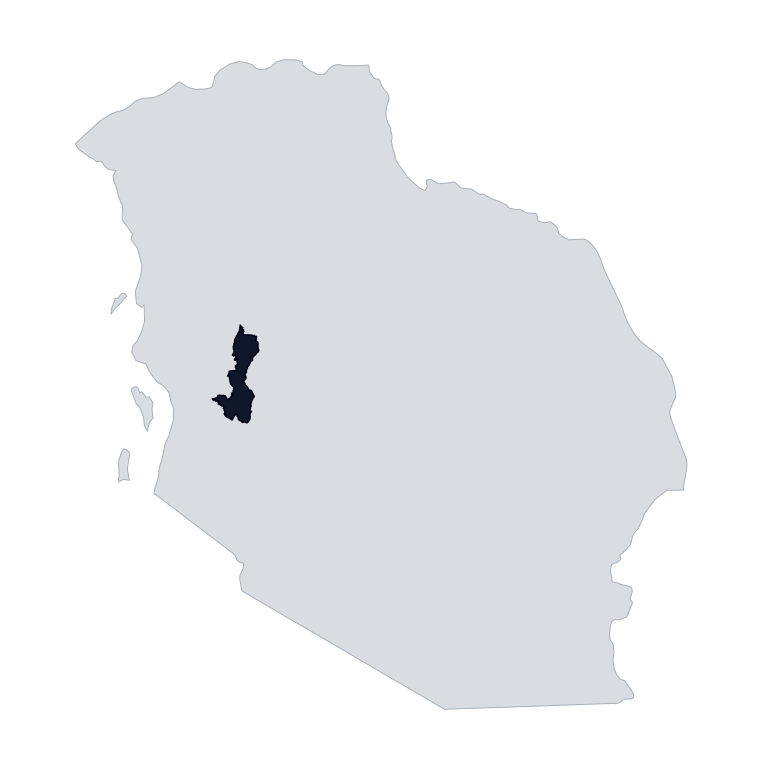 Mvomero, Morogoro, United Republic of Tanzania shown in context, rotated 178°
{"feature_id": "72390352B62121337619186", "entity_name": "Mvomero", "entity_type": "district", "adm_level": 2, "iso_a3": "TZA", "parent_name": "United Republic of Tanzania", "parent_adm1": "Morogoro", "projection": "robinson", "projection_center": [37.562, -6.599], "detail": "fine", "context": "in_parent", "style": "filled", "palette": "ink", "viewbox_px": 768, "rotation_deg": 178, "n_neighbors": 0, "source": "geoboundaries", "source_scale": "gbopen_adm2", "svg_char_len": 9651}
<svg xmlns="http://www.w3.org/2000/svg" viewBox="0 0 768 768"><g transform="rotate(178 384 384)"><path d="M278.6,570.5L269.8,565.3L261.8,562.2L255.3,558.6L252.4,555.2L246.3,553.9L241.0,553.3L236.1,550.1L226.0,548.9L224.9,546.8L224.7,542.1L222.9,540.9L219.3,539.7L215.3,539.7L212.9,540.4L211.5,540.1L208.2,537.3L205.2,533.7L204.0,528.1L199.4,524.5L194.0,521.6L179.3,521.9L177.0,521.0L173.5,518.2L169.4,513.5L166.0,508.1L163.1,500.8L160.1,490.9L143.0,451.5L141.2,444.1L137.9,435.8L132.4,425.7L126.7,418.2L118.9,411.4L110.0,404.6L105.2,400.0L96.1,381.5L94.2,372.8L92.7,363.8L93.3,360.2L98.9,348.6L99.5,345.3L98.8,340.9L95.9,331.7L92.3,320.5L85.0,300.1L84.0,295.0L84.1,291.1L88.3,270.4L88.2,267.5L105.2,267.9L117.5,258.8L128.3,245.2L130.4,239.6L134.8,230.9L139.1,226.6L140.8,223.6L143.2,214.9L148.9,209.0L154.4,204.5L153.2,201.3L154.0,200.1L157.0,197.8L162.9,195.7L164.0,191.2L164.0,186.0L163.0,183.1L163.2,179.8L162.3,178.0L158.5,177.5L152.8,174.9L148.0,173.9L144.8,172.4L143.6,171.2L143.1,168.1L145.7,160.2L143.1,157.0L149.0,143.8L150.0,142.2L152.2,142.0L155.6,140.6L158.7,140.0L161.3,140.5L163.2,140.0L164.9,138.5L166.3,134.0L167.4,126.5L166.8,120.5L164.3,115.8L163.6,108.7L164.7,99.1L163.9,91.1L161.2,84.7L158.4,80.9L154.1,79.1L147.4,69.4L145.4,64.7L145.8,61.7L148.1,60.5L152.3,60.9L156.3,59.8L160.1,57.1L163.7,56.4L165.6,56.8L334.8,56.8L532.6,181.7L533.4,183.2L535.0,194.0L534.6,197.6L531.6,203.8L530.7,207.0L530.7,209.3L531.4,210.2L534.0,210.5L536.2,212.0L537.0,213.1L538.7,217.8L540.9,220.1L616.0,281.4L617.7,282.3L616.6,287.5L612.3,300.0L612.1,305.1L610.4,311.3L608.8,315.3L604.5,332.8L600.9,339.4L595.9,354.8L595.1,366.6L597.8,374.8L598.9,382.5L604.6,390.1L609.3,392.8L612.4,396.2L617.9,404.2L621.1,412.1L631.0,416.0L635.0,424.9L633.6,431.0L628.9,436.0L624.6,444.3L621.1,455.0L621.0,471.5L623.4,469.0L628.6,473.1L629.3,485.2L623.8,499.4L622.2,506.0L621.9,511.6L625.8,528.6L631.8,537.2L631.3,539.9L629.8,542.1L640.0,557.4L639.1,570.7L642.9,581.0L644.6,589.9L647.1,596.8L647.6,601.5L644.4,606.8L651.9,608.1L656.2,612.4L658.3,616.5L663.7,616.3L666.6,619.1L670.8,621.5L680.0,628.4L682.5,631.8L684.0,635.1L658.5,656.9L649.2,662.5L642.7,665.1L635.6,666.6L628.9,670.0L622.6,675.4L614.5,678.1L604.7,678.1L594.3,681.9L578.1,693.1L568.6,686.9L561.2,684.9L552.6,685.1L547.4,685.9L545.5,687.2L543.9,691.0L542.5,697.3L536.9,703.4L527.1,709.1L518.0,711.3L509.7,709.8L504.1,707.4L501.2,704.1L496.9,702.5L491.2,702.8L485.7,705.2L480.5,709.7L472.2,711.6L460.8,711.0L454.6,708.9L453.8,705.1L448.8,700.7L439.6,695.7L432.8,695.6L428.5,700.4L424.6,703.4L421.0,704.7L417.8,704.8L413.2,703.5L400.5,703.0L388.5,703.2L387.3,696.2L384.8,691.9L382.7,689.4L378.5,688.8L377.4,686.8L376.0,682.4L373.9,678.7L371.2,675.6L369.6,672.8L369.0,670.2L369.5,667.3L371.9,660.1L372.7,655.2L372.4,650.2L371.1,645.0L368.2,638.8L368.5,637.1L367.5,632.9L367.4,630.0L368.0,626.3L367.4,621.5L364.9,611.2L364.9,608.6L362.3,603.6L354.3,591.9L354.0,590.3L341.4,578.5L336.4,575.9L334.6,578.1L334.0,580.2L334.5,584.0L334.2,585.9L333.7,586.7L330.7,586.6L328.9,586.2L324.1,583.0L320.4,582.2L311.3,582.8L308.1,583.5L305.6,582.8L300.7,577.4L295.0,576.2L289.9,575.9L281.5,569.8L278.6,570.5ZM632.4,372.9L636.5,385.9L636.0,388.4L633.1,389.9L631.5,390.0L629.7,387.9L628.5,383.5L626.2,384.6L622.5,379.3L618.8,379.1L615.5,372.8L616.8,367.4L616.0,358.1L620.0,353.3L622.3,345.3L624.9,350.7L625.5,359.3L629.0,369.3L632.4,372.9ZM652.3,295.4L652.7,298.5L651.8,301.4L652.0,310.6L651.7,316.8L648.6,325.3L646.1,328.3L643.8,327.4L642.0,326.0L640.5,323.7L643.5,308.1L642.0,296.7L647.8,297.8L652.3,295.4ZM643.8,483.1L640.9,483.9L639.8,483.2L638.0,480.6L641.1,478.4L644.1,474.2L651.1,468.0L654.4,463.1L653.9,467.9L649.9,478.4L646.6,479.1L643.8,483.1Z" fill="#d9dde1" stroke="#a8b0b8" stroke-width="1"/><path d="M514.6,375.1L514.5,375.6L514.2,376.0L514.2,376.7L514.5,377.3L515.0,377.6L515.3,378.9L515.6,379.3L516.5,381.6L516.9,382.1L517.6,382.4L518.0,382.5L518.7,382.4L519.3,383.0L520.3,384.9L520.6,385.3L520.4,385.5L523.5,389.0L523.0,389.5L524.7,391.7L524.5,392.0L524.2,392.1L524.3,392.2L523.9,392.2L523.7,392.7L523.4,392.8L523.1,392.9L523.1,393.2L522.8,393.3L522.9,393.5L522.8,393.4L522.7,393.6L522.3,393.7L522.3,393.9L522.1,393.9L522.1,394.2L521.9,394.3L521.7,395.0L521.9,395.1L521.7,395.4L521.9,395.7L521.8,396.1L521.9,396.4L522.2,396.6L522.4,397.2L522.7,397.2L522.8,397.7L522.5,398.5L522.4,398.5L522.4,399.1L521.7,400.0L521.6,399.9L521.4,400.0L521.3,400.7L521.0,401.0L521.1,401.6L521.3,401.9L521.1,402.4L521.1,402.8L520.7,403.2L520.7,403.5L520.3,404.0L520.3,404.4L520.1,404.4L519.9,404.7L520.1,405.3L519.9,405.4L519.7,406.2L519.1,406.6L518.9,407.0L518.7,407.0L518.0,407.7L517.8,408.6L517.6,408.7L517.4,409.4L517.2,409.4L517.2,410.0L516.9,410.2L516.7,410.9L516.4,411.1L516.3,411.3L516.2,411.3L515.8,411.7L515.0,411.9L514.6,412.2L514.6,412.8L514.5,413.0L514.7,414.2L514.5,414.7L514.6,415.0L513.7,415.7L513.6,416.1L512.9,416.5L512.2,417.2L511.4,417.6L511.3,418.3L510.4,418.8L510.2,419.7L509.5,419.9L508.5,420.6L508.1,421.9L508.0,422.7L508.4,423.1L508.6,424.8L508.7,426.4L508.5,428.3L508.7,429.6L508.5,430.0L508.9,430.6L510.1,430.8L510.3,431.2L510.3,433.0L509.8,435.6L509.9,436.0L511.1,436.2L511.6,436.8L511.8,436.5L514.5,437.5L516.9,437.8L522.6,438.0L522.4,438.3L523.0,439.1L523.3,439.9L522.8,440.7L522.8,440.9L523.1,441.0L522.5,441.5L522.8,441.6L522.7,441.7L522.9,441.8L522.9,442.0L522.8,441.9L522.8,442.1L523.2,442.1L522.9,442.6L523.5,442.5L523.7,442.8L523.6,443.0L523.4,442.9L523.1,443.0L523.3,443.5L523.7,443.4L523.6,443.1L523.9,443.3L523.6,444.3L524.1,444.3L524.1,444.5L523.6,444.9L524.2,445.0L524.3,445.3L524.1,445.3L524.1,445.7L524.2,445.8L524.6,445.6L524.6,445.9L524.3,446.2L524.9,446.7L525.1,446.6L525.1,446.9L525.4,447.6L525.6,447.7L525.7,446.9L525.7,446.6L525.8,446.4L525.4,446.3L525.5,446.1L525.9,446.1L526.0,445.9L525.8,445.7L526.0,445.3L525.8,445.1L526.0,444.8L525.7,444.6L525.9,444.5L525.9,443.9L526.6,443.5L526.6,442.7L526.3,442.1L526.8,441.7L526.9,441.2L527.3,440.7L527.5,440.8L527.7,440.2L528.2,439.8L528.3,439.1L528.7,438.7L528.5,438.3L528.8,437.8L529.0,437.4L529.6,437.2L531.4,434.1L531.7,431.9L531.9,431.7L531.6,431.2L532.0,430.4L532.5,429.9L532.6,428.8L532.6,428.2L533.4,426.6L533.2,424.1L533.1,423.8L532.7,423.6L532.8,421.9L532.7,421.4L533.6,419.8L534.4,418.2L533.3,417.2L532.7,417.5L532.0,417.6L531.9,418.0L531.1,418.2L530.9,417.0L531.2,415.8L532.6,413.5L532.4,413.1L531.9,413.0L531.2,413.0L530.5,413.7L530.2,414.3L530.0,413.4L529.8,411.8L530.2,411.3L530.2,411.1L529.3,410.3L529.9,409.2L529.9,408.6L530.4,407.6L530.5,407.5L531.0,408.0L531.8,407.4L531.8,406.1L531.3,406.1L531.5,405.9L531.1,402.5L534.6,402.6L537.4,402.3L538.3,402.1L538.0,401.3L539.9,397.5L538.3,397.2L538.4,395.8L538.1,395.4L538.1,394.2L537.5,390.6L536.8,388.7L534.5,386.4L534.1,385.8L534.4,385.1L534.3,384.8L534.5,384.5L534.4,384.2L534.5,383.9L534.4,383.8L534.5,383.6L534.5,383.0L535.0,382.7L534.8,382.1L535.1,381.6L535.0,380.8L535.3,380.6L535.3,380.4L535.6,380.3L535.4,380.2L535.5,380.0L535.9,380.0L535.7,379.8L536.1,379.6L535.8,379.4L536.4,379.1L536.2,378.8L536.5,378.7L536.1,377.8L535.7,377.7L536.4,377.2L537.0,377.1L537.3,376.9L537.1,376.3L537.3,375.8L538.0,375.7L540.5,373.8L540.9,373.9L541.8,374.6L541.8,375.2L542.2,375.5L542.2,376.2L542.6,376.4L542.8,377.1L543.0,377.5L543.6,377.7L544.0,377.6L544.2,378.0L544.4,378.0L544.6,378.3L546.2,377.8L546.9,378.0L547.2,378.3L547.8,378.2L548.6,378.6L549.2,378.4L550.4,378.3L550.4,377.8L550.7,377.4L551.1,376.3L551.9,376.1L552.4,375.7L552.6,375.8L553.4,375.6L553.8,374.8L554.4,375.3L556.0,375.4L556.0,374.9L555.4,374.1L555.1,374.1L555.2,373.7L554.9,373.4L554.4,373.6L553.7,373.5L552.5,372.8L551.7,372.9L550.5,372.6L550.2,372.7L550.4,372.3L549.6,372.3L549.7,372.1L550.2,372.0L550.4,371.9L550.2,371.7L550.3,371.2L549.6,371.3L549.7,371.2L549.9,370.6L549.4,370.4L549.4,370.2L549.8,369.8L549.2,369.7L549.4,369.5L549.3,369.3L548.0,369.0L547.8,368.5L547.6,368.5L547.5,369.0L546.9,369.1L546.8,368.7L547.0,368.7L547.2,368.3L546.9,368.2L546.8,367.9L546.6,368.1L546.3,367.9L546.2,367.9L546.2,368.1L545.6,368.1L545.7,367.7L545.4,366.9L545.4,366.7L545.0,366.3L544.7,365.3L545.0,365.1L544.6,364.9L544.7,364.5L544.6,363.8L544.4,363.7L544.6,363.3L544.2,362.6L544.1,362.0L543.8,362.1L543.3,361.8L543.5,361.2L543.4,360.6L544.4,360.3L544.3,360.0L544.6,359.8L544.4,359.5L544.5,359.2L544.0,358.9L543.9,358.7L543.9,358.4L543.6,358.5L543.8,358.2L543.1,358.0L543.4,357.7L543.2,357.4L542.5,357.2L542.4,356.8L542.1,356.8L541.9,356.5L541.9,356.2L541.1,356.0L541.0,355.7L540.7,355.6L540.3,355.9L540.1,355.8L539.9,355.9L539.7,355.8L539.7,356.1L539.4,355.3L538.5,355.5L538.6,355.1L538.4,355.0L538.6,354.6L538.0,354.5L537.9,354.1L537.8,354.3L537.2,354.7L536.9,354.4L536.8,354.1L536.7,353.9L536.2,354.7L535.9,355.6L535.5,355.9L535.0,357.0L533.7,358.3L532.1,359.2L531.9,359.0L531.9,358.3L532.0,357.0L531.7,356.9L531.3,356.3L530.8,356.0L530.9,354.4L530.7,353.5L530.3,353.3L530.1,353.4L528.9,352.3L528.3,352.6L527.7,351.3L527.3,351.2L527.0,350.7L526.7,351.2L526.2,351.0L526.2,351.4L526.0,351.2L525.6,351.3L525.3,351.1L525.2,351.3L525.0,351.0L524.4,350.9L524.2,351.6L524.0,351.3L523.7,351.3L523.6,350.4L523.3,350.3L523.0,350.5L522.7,350.1L522.3,350.2L522.0,350.1L521.7,350.2L520.4,351.8L519.2,353.7L519.0,355.0L519.1,355.8L518.9,356.3L519.1,357.9L519.0,358.7L518.3,359.9L517.9,360.4L517.3,360.8L516.9,360.7L517.4,361.0L517.6,361.4L518.8,361.9L518.8,362.9L518.4,364.4L518.6,365.4L518.0,365.7L517.7,366.2L517.9,366.4L517.8,367.0L518.1,367.1L518.2,367.3L518.2,367.6L517.7,367.8L517.9,368.5L518.1,368.8L517.8,368.9L517.8,369.2L517.3,369.8L516.9,370.9L516.9,371.9L516.6,372.1L516.5,372.6L516.1,372.9L516.1,373.1L515.7,373.7L515.5,374.6L515.1,375.0L514.6,375.1Z" fill="#0f172a" stroke="#020617" stroke-width="1.5"/></g></svg>